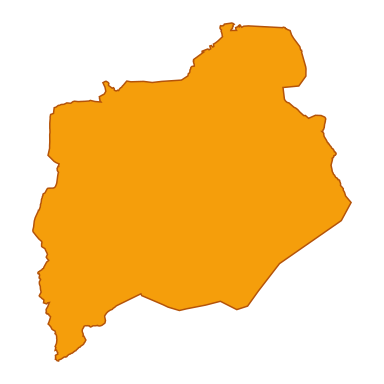 Eidskog nor, Hedmark, Norway (orthographic projection)
{"feature_id": "86288312B42722797095637", "entity_name": "Eidskog nor", "entity_type": "district", "adm_level": 2, "iso_a3": "NOR", "parent_name": "Norway", "parent_adm1": "Hedmark", "projection": "orthographic", "projection_center": [12.097, 59.991], "detail": "fine", "context": "isolated", "style": "filled", "palette": "amber", "viewbox_px": 384, "rotation_deg": 0, "n_neighbors": 0, "source": "geoboundaries", "source_scale": "gbopen_adm2", "svg_char_len": 5734}
<svg xmlns="http://www.w3.org/2000/svg" viewBox="0 0 384 384"><path d="M351.1,202.5L345.6,196.0L344.5,192.3L343.2,190.1L343.3,188.7L341.6,186.6L340.5,185.5L340.6,183.7L340.1,182.1L339.6,181.3L339.7,180.7L339.4,180.1L337.9,179.6L337.8,178.9L337.3,178.5L337.1,178.1L335.6,177.3L334.5,175.1L333.5,174.3L333.2,173.2L332.3,171.7L332.3,171.1L332.0,170.6L332.1,170.2L331.6,167.7L331.4,167.4L331.3,166.0L331.0,165.4L332.5,159.5L332.1,158.8L332.4,158.0L333.1,157.9L333.5,157.4L333.6,156.8L333.9,156.5L333.9,155.7L335.3,155.2L335.4,154.9L335.9,154.5L336.1,153.6L335.8,153.3L335.9,153.0L335.3,152.1L334.4,151.8L334.4,151.4L334.1,151.0L333.7,149.9L333.2,149.6L333.2,149.2L332.9,148.8L331.7,148.1L331.0,146.6L329.8,145.4L329.2,144.1L328.4,143.8L328.1,142.8L327.3,142.2L326.5,140.4L324.1,136.4L323.7,134.2L323.8,133.6L323.6,133.1L322.0,131.5L322.6,131.5L322.9,131.1L323.0,129.9L323.6,129.4L323.9,128.2L324.2,127.8L324.6,124.2L325.1,122.6L325.2,121.6L325.4,121.2L325.4,120.3L325.7,119.4L325.6,118.3L324.7,117.1L321.1,115.5L315.4,115.3L308.6,118.3L305.4,115.5L303.8,115.6L299.7,111.9L297.6,109.5L295.8,108.1L293.9,107.2L289.0,102.9L287.2,102.4L286.4,101.8L285.4,100.8L284.5,99.4L284.3,98.2L283.0,87.5L298.8,86.0L305.9,76.1L305.9,73.0L306.0,68.9L305.7,66.8L301.6,52.4L301.9,51.7L301.8,51.1L301.5,50.5L301.5,50.2L300.7,50.1L299.8,46.6L293.6,38.3L291.6,35.0L290.1,30.6L287.1,29.4L286.4,28.7L285.6,28.7L285.3,28.4L285.2,27.7L283.6,27.2L283.0,27.3L282.6,27.7L279.0,27.5L248.4,25.9L243.7,26.2L241.8,27.3L240.8,26.3L240.5,25.4L239.8,24.9L239.6,25.0L239.5,25.4L239.4,26.5L239.3,26.8L238.8,26.5L238.4,25.9L237.9,26.7L235.6,27.6L236.0,29.5L236.5,30.4L230.8,30.5L231.0,29.9L232.5,28.2L232.6,27.0L233.1,26.5L233.0,26.1L233.1,25.2L234.2,24.3L233.2,23.5L231.8,23.0L224.4,24.1L224.3,24.7L223.3,25.3L223.3,25.6L221.7,26.0L220.8,25.6L220.3,26.0L220.2,26.7L220.3,26.8L220.0,27.7L220.1,28.0L220.1,28.6L221.0,29.7L221.4,29.9L221.1,31.4L221.4,31.9L222.0,33.9L222.2,35.5L222.5,36.7L217.7,41.2L215.4,43.0L213.4,44.1L213.6,44.6L213.8,46.5L212.6,47.0L211.4,45.5L209.8,46.0L210.7,48.8L209.0,49.8L207.9,49.0L207.2,49.2L202.1,51.2L202.1,52.0L203.6,52.2L193.6,59.5L193.7,60.6L193.3,61.0L193.6,61.3L193.5,61.5L193.6,61.9L193.6,62.8L194.1,63.8L194.3,66.1L192.0,66.4L191.1,67.2L190.7,67.9L190.7,68.7L190.4,69.3L190.4,69.5L189.9,70.1L190.0,70.8L189.7,72.4L189.3,73.1L188.4,73.5L187.9,75.9L181.4,80.1L161.7,81.4L152.2,82.5L143.6,81.4L130.9,81.8L127.1,81.1L126.7,81.1L123.4,85.1L122.1,86.4L121.8,87.1L120.4,88.0L119.3,89.3L118.7,90.5L118.3,90.6L117.7,90.2L116.5,90.9L115.5,90.8L114.4,90.2L114.2,88.6L113.5,87.7L113.1,87.7L112.7,88.1L112.2,88.2L108.7,85.6L108.4,85.0L108.9,83.8L108.7,83.1L107.9,82.3L106.2,81.3L105.3,81.4L102.9,82.7L105.0,87.2L105.8,91.3L104.3,94.0L99.3,96.7L99.6,98.0L99.5,98.7L99.7,98.8L99.9,99.8L99.8,100.3L101.0,102.0L95.0,101.5L90.3,100.4L89.0,101.0L84.9,101.3L78.1,101.6L74.5,101.2L73.0,101.6L70.7,103.3L66.8,102.9L64.0,104.3L61.1,104.5L59.6,105.3L58.3,105.4L56.1,107.1L54.2,107.7L53.5,113.4L50.6,114.5L50.1,117.1L50.2,118.0L49.8,123.3L49.8,128.4L49.9,129.1L50.0,132.3L49.7,134.6L49.8,141.8L49.6,145.4L49.6,148.3L48.0,155.3L54.1,161.4L56.2,162.7L59.1,163.9L58.6,165.2L58.7,166.4L58.0,166.4L57.4,168.0L57.1,168.3L57.3,170.6L58.5,172.4L58.2,173.1L57.7,175.8L56.8,182.8L56.4,184.2L55.5,186.4L54.6,187.5L53.3,188.1L48.4,188.2L47.6,188.4L47.0,189.1L45.0,192.8L44.6,193.2L43.4,193.7L43.0,194.2L42.9,195.6L42.4,196.4L42.2,197.7L41.5,199.3L41.3,201.4L41.0,203.1L40.4,204.7L40.5,205.4L40.3,206.0L40.3,207.1L39.7,208.3L39.3,209.9L38.4,210.2L38.3,211.0L35.3,217.5L34.3,220.9L33.6,227.0L32.9,229.9L32.9,230.8L33.1,231.8L36.3,235.9L39.0,239.1L41.6,241.4L41.8,242.0L41.9,243.0L41.6,243.6L41.6,246.3L42.2,247.0L44.9,248.6L45.5,250.1L46.9,252.9L47.5,254.4L46.2,257.1L47.2,258.7L48.7,260.3L47.6,261.4L46.7,262.0L43.8,267.3L43.5,268.4L42.5,268.8L41.7,269.9L40.0,270.8L39.6,271.3L38.5,271.8L38.0,272.4L37.9,273.1L38.0,273.6L38.4,273.9L39.1,273.7L39.6,275.0L39.5,276.2L39.2,276.8L39.3,277.5L39.1,277.9L39.3,278.2L39.8,278.2L40.0,279.0L40.5,279.2L40.6,279.7L39.4,281.6L39.3,282.9L39.5,284.4L40.3,286.4L40.4,288.9L41.1,292.2L39.2,295.8L39.6,296.5L41.0,297.5L41.9,298.5L43.7,299.7L43.9,300.3L43.5,302.8L46.5,303.9L47.0,303.6L47.6,302.8L49.4,302.5L48.7,304.0L47.9,306.3L46.2,309.3L46.1,310.0L46.4,311.5L46.1,312.0L46.0,312.9L46.7,313.2L46.6,313.6L46.9,313.9L47.6,314.1L47.8,313.8L48.6,314.2L48.8,314.4L49.1,315.5L50.5,316.5L50.3,317.9L49.1,321.7L48.1,324.0L48.6,324.3L50.8,326.9L51.9,329.1L53.2,330.1L55.0,331.0L55.5,332.7L55.0,333.5L55.2,333.9L55.9,334.2L56.5,335.7L56.7,337.2L56.6,338.2L56.9,339.6L56.5,343.3L55.1,346.6L55.8,347.4L55.1,350.4L56.3,350.0L56.5,350.2L57.3,352.2L57.7,352.5L57.5,353.4L57.8,354.1L57.6,354.3L55.7,355.1L55.4,355.5L55.6,357.1L55.5,357.6L55.8,358.1L55.3,359.1L56.4,359.8L57.1,360.7L58.6,361.0L58.7,360.5L59.1,359.7L60.8,359.3L64.1,357.1L65.3,356.8L65.7,357.1L66.6,356.7L67.0,356.5L67.1,356.0L69.0,354.4L70.4,354.0L71.1,353.4L72.3,353.1L74.9,351.0L75.9,350.7L76.3,350.0L78.2,348.3L78.5,347.7L80.2,347.0L80.5,346.4L83.1,344.6L83.9,343.7L84.2,342.8L84.7,342.4L85.9,340.0L84.9,338.3L84.4,337.0L83.7,336.4L83.6,335.8L83.1,335.9L83.3,335.1L83.2,334.9L83.1,333.7L82.4,332.1L82.2,330.8L82.4,329.6L82.7,328.8L83.7,327.4L83.8,326.7L84.3,326.1L85.5,325.7L87.0,325.8L87.9,325.6L88.4,325.9L89.3,325.8L90.0,326.7L90.6,327.0L91.6,326.6L93.0,325.8L95.5,325.8L97.7,325.4L98.0,325.8L99.8,326.0L101.8,325.4L104.8,323.2L105.1,322.4L105.5,320.5L104.7,317.0L104.7,315.8L106.6,313.0L108.0,311.6L110.3,310.1L112.2,309.4L113.4,308.1L114.5,307.5L116.4,305.8L140.9,293.8L141.7,295.6L163.0,304.7L168.0,307.1L179.4,310.5L186.6,308.8L205.6,305.1L220.4,301.3L236.8,309.6L247.6,306.1L258.3,291.1L279.5,263.6L341.3,220.6L351.1,202.5Z" fill="#f59e0b" stroke="#b45309" stroke-width="1.5"/></svg>